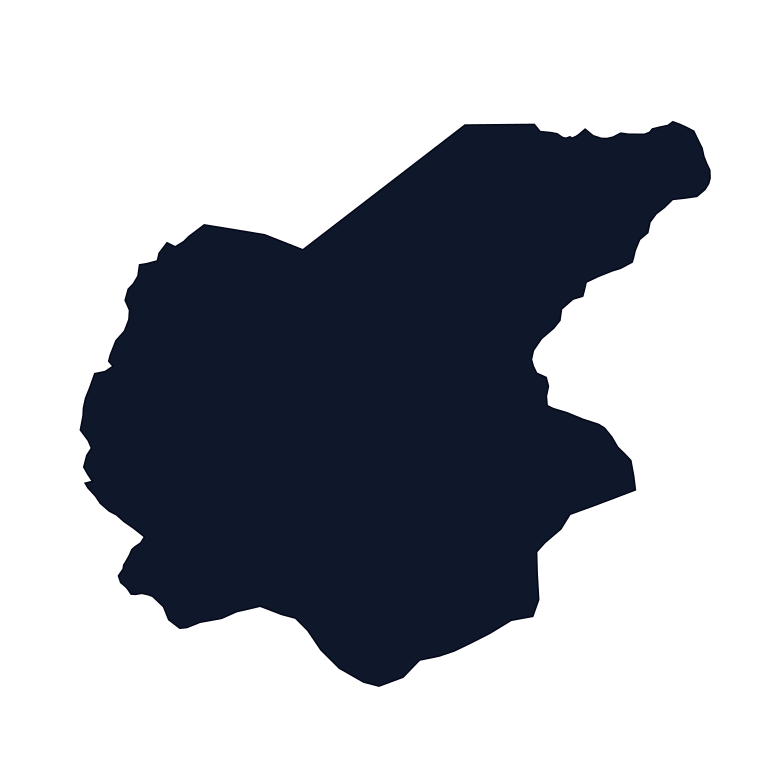 outline of Ulu Selangor, Selangor, Malaysia, rotated 98°
{"feature_id": "92858781B525446054982", "entity_name": "Ulu Selangor", "entity_type": "district", "adm_level": 2, "iso_a3": "MYS", "parent_name": "Malaysia", "parent_adm1": "Selangor", "projection": "orthographic", "projection_center": [101.562, 3.564], "detail": "fine", "context": "isolated", "style": "filled", "palette": "ink", "viewbox_px": 768, "rotation_deg": 98, "n_neighbors": 0, "source": "geoboundaries", "source_scale": "gbopen_adm2", "svg_char_len": 2207}
<svg xmlns="http://www.w3.org/2000/svg" viewBox="0 0 768 768"><g transform="rotate(98 384 384)"><path d="M103.6,220.3L110.1,226.0L112.1,228.3L114.4,232.1L113.3,234.2L115.3,238.0L115.0,241.5L113.9,243.8L112.1,247.3L111.8,254.0L112.3,264.5L106.0,271.3L116.3,339.9L262.4,483.0L252.8,523.1L251.4,584.2L265.1,597.8L270.8,602.1L277.2,609.9L274.3,618.5L285.7,624.9L293.6,625.6L297.8,635.6L300.0,642.7L311.4,642.7L319.9,646.3L325.6,650.5L337.1,652.0L346.3,646.3L355.6,645.6L367.7,648.4L378.4,655.5L393.4,659.1L399.8,659.8L404.1,654.8L410.5,662.0L414.0,671.9L428.3,674.8L439.7,677.6L449.7,678.3L457.5,677.6L471.8,678.3L481.1,669.1L488.2,664.8L496.0,668.4L508.1,669.8L514.6,664.8L521.0,659.1L523.8,666.2L528.1,662.7L535.2,654.1L541.6,648.4L548.1,638.4L550.9,630.6L556.6,622.0L561.6,612.0L568.7,599.9L575.3,602.9L579.9,608.0L583.1,610.7L588.5,612.1L595.4,614.8L599.5,616.6L603.6,616.6L610.9,620.3L616.7,617.4L617.3,617.1L618.7,614.8L621.4,610.7L623.7,608.4L627.3,605.2L626.9,600.7L625.0,594.7L625.5,588.3L626.5,583.6L635.2,571.4L647.4,564.4L654.3,552.2L652.6,545.3L645.6,533.1L638.7,512.2L630.0,498.3L621.3,475.7L626.5,453.1L628.2,439.1L638.7,425.2L656.1,409.5L671.7,388.7L682.1,362.6L683.9,346.9L673.8,328.2L671.7,324.3L652.5,310.4L645.6,291.2L638.6,277.3L628.2,261.7L616.0,244.3L600.3,225.1L593.4,204.3L576.0,200.8L549.9,206.0L529.0,209.5L518.6,202.5L502.9,188.6L487.2,181.7L473.3,155.6L453.9,120.3L440.4,123.9L425.4,128.9L419.7,136.0L414.0,143.8L404.8,151.0L396.9,159.5L394.1,165.9L391.2,182.3L387.0,198.7L384.8,212.9L382.7,219.4L373.4,221.5L363.4,220.8L354.9,224.3L352.0,234.3L345.6,238.6L339.2,241.4L329.9,240.7L317.1,234.3L305.0,223.6L296.5,218.6L285.1,218.6L273.7,208.7L269.4,199.4L263.7,198.7L255.1,198.0L248.0,187.3L240.2,173.7L236.6,165.9L228.8,155.2L224.5,154.5L216.7,153.8L205.3,150.9L197.4,143.8L186.7,143.1L177.5,138.1L170.3,131.0L161.1,123.9L158.2,112.5L154.7,100.3L146.8,93.2L140.4,90.4L134.7,89.7L126.9,91.1L120.5,95.3L114.1,98.9L106.2,101.8L99.1,106.7L90.5,112.4L87.7,120.3L85.6,127.4L84.1,134.5L88.4,138.8L91.2,146.6L94.1,153.8L97.7,155.9L100.5,160.9L102.6,176.6L102.6,184.4L107.6,191.5L109.8,197.2L110.5,202.9L109.0,211.5L103.6,220.3Z" fill="#0f172a" stroke="#020617" stroke-width="1.5"/></g></svg>